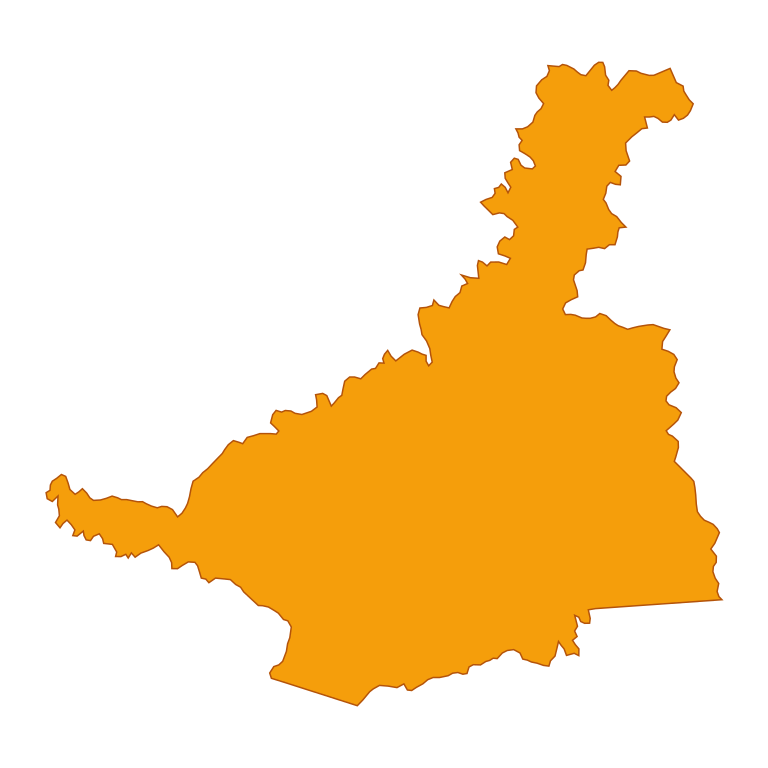 the district of Turvo, Paraná, Brazil
{"feature_id": "56859067B5145153824108", "entity_name": "Turvo", "entity_type": "district", "adm_level": 2, "iso_a3": "BRA", "parent_name": "Brazil", "parent_adm1": "Paraná", "projection": "orthographic", "projection_center": [-51.495, -24.966], "detail": "fine", "context": "isolated", "style": "filled", "palette": "amber", "viewbox_px": 768, "rotation_deg": 0, "n_neighbors": 0, "source": "geoboundaries", "source_scale": "gbopen_adm2", "svg_char_len": 5772}
<svg xmlns="http://www.w3.org/2000/svg" viewBox="0 0 768 768"><path d="M218.1,457.8L212.4,463.7L207.6,468.8L202.8,472.6L199.0,477.2L193.1,481.2L191.0,488.7L189.5,496.7L187.6,503.4L185.4,508.0L182.0,513.2L177.6,516.9L172.5,509.6L167.0,506.7L161.7,506.4L157.3,507.8L151.5,506.1L146.2,503.7L142.6,501.7L137.8,501.8L126.6,499.6L121.4,499.6L117.7,497.8L112.1,496.1L106.4,498.3L100.4,500.0L93.5,500.4L89.8,497.8L86.7,493.1L82.4,488.7L78.8,491.9L75.1,494.3L69.9,489.5L68.1,483.1L65.7,476.4L61.4,474.5L56.7,478.3L52.3,481.2L50.4,485.0L50.0,490.3L46.1,492.7L47.2,498.7L52.3,501.5L58.0,496.0L57.6,504.9L58.8,509.2L59.4,515.8L55.5,522.5L60.0,527.8L63.0,523.5L67.0,520.1L71.3,524.7L74.9,529.9L72.8,535.6L77.1,536.1L83.3,531.1L84.0,535.6L86.2,539.9L90.5,540.6L93.5,536.3L99.3,533.8L102.6,538.7L103.7,543.4L108.2,543.9L112.4,544.4L116.7,552.0L115.6,556.5L120.9,556.6L125.8,554.3L128.2,558.0L131.4,552.9L135.1,557.2L140.9,553.1L148.1,550.5L153.3,548.1L158.6,544.8L164.0,551.7L169.2,557.3L171.6,562.6L171.9,568.6L177.5,568.7L182.2,565.5L188.3,561.9L194.9,562.3L197.6,565.8L199.3,571.3L201.3,578.1L205.8,579.1L208.9,582.7L215.5,578.1L224.9,579.0L230.4,579.6L235.7,584.5L240.6,587.2L243.7,591.9L258.3,605.5L262.6,605.7L268.4,607.0L273.6,610.1L278.3,613.1L283.5,619.5L287.8,620.8L291.3,627.0L289.8,637.7L287.6,643.7L286.4,651.4L282.7,661.3L278.8,664.9L273.8,666.6L269.7,673.0L271.4,678.3L286.1,682.9L357.3,705.7L362.8,700.0L369.7,691.7L373.4,688.8L379.5,685.4L388.2,686.1L397.0,687.6L403.9,683.9L407.4,690.0L411.7,690.5L416.5,687.3L422.9,683.8L427.7,679.7L433.1,677.5L439.6,677.5L448.2,675.7L452.6,673.2L457.9,672.5L462.9,674.2L467.0,673.5L469.0,667.0L473.2,664.7L480.5,664.9L485.8,661.5L489.7,660.4L493.2,658.2L497.2,658.6L502.3,653.0L507.2,650.5L513.7,649.6L520.0,653.0L522.8,659.1L527.3,660.1L531.4,662.0L537.1,663.2L543.5,665.4L548.9,666.1L550.5,660.8L555.0,656.1L556.9,648.4L558.5,641.5L561.2,645.4L564.1,648.9L566.5,655.4L574.2,653.3L578.8,655.6L578.9,648.9L575.3,644.6L572.5,640.3L577.1,636.5L574.6,631.0L577.5,626.3L574.7,615.3L578.8,617.2L580.7,621.5L584.6,623.3L589.6,623.2L590.2,618.4L588.3,609.8L595.5,608.6L721.9,599.7L718.9,596.6L717.1,591.5L718.7,583.5L715.2,578.2L712.9,571.7L713.4,566.4L716.2,562.4L716.4,556.2L713.6,552.6L710.8,549.0L714.8,543.3L717.7,536.6L719.4,532.6L717.2,528.7L713.2,524.4L709.1,522.3L704.3,520.2L700.5,516.3L697.4,511.7L696.3,504.1L695.7,494.8L694.9,487.6L693.8,481.4L691.0,478.1L674.3,461.4L675.8,456.8L678.4,447.5L678.2,441.4L672.4,436.1L668.5,434.4L666.2,430.7L673.7,424.1L677.8,420.1L681.3,412.6L676.1,407.7L669.0,404.8L666.0,400.9L666.6,396.2L670.7,392.1L675.5,388.5L679.0,382.8L675.9,378.1L674.0,371.8L674.4,366.8L677.2,359.6L673.8,354.4L668.2,351.3L661.9,349.2L662.6,341.5L665.8,336.5L669.9,329.8L664.0,328.4L658.0,326.3L653.1,324.6L647.8,325.0L643.3,325.7L638.8,326.4L632.9,327.8L627.7,329.3L622.8,327.3L618.2,325.7L614.8,323.5L610.9,320.2L606.2,315.7L599.8,313.5L595.6,316.9L590.2,318.3L586.2,318.3L582.0,318.0L575.3,315.2L570.8,314.4L565.4,314.6L562.7,309.0L565.6,302.9L571.2,299.7L577.7,296.8L577.1,290.6L573.5,279.8L574.3,275.0L579.2,270.7L583.0,270.0L585.5,262.8L586.2,254.6L587.1,249.1L593.0,248.3L598.7,247.3L604.6,248.6L609.4,244.7L615.0,244.7L617.4,236.9L617.9,231.9L619.2,227.8L625.9,227.1L621.3,222.5L616.7,216.6L611.6,213.6L608.7,209.5L606.0,202.9L603.3,199.4L605.8,193.2L606.8,186.2L610.3,182.4L615.5,184.3L620.3,184.8L621.0,176.4L615.1,171.5L618.8,165.3L625.9,165.0L629.6,161.0L626.1,150.7L625.6,143.0L631.8,136.8L637.0,132.7L641.8,128.7L647.4,128.0L644.6,117.0L649.4,117.0L653.9,116.4L658.0,118.4L662.4,122.1L667.3,122.3L670.9,120.1L674.3,114.7L678.5,120.1L683.4,118.3L687.5,115.1L690.4,110.7L693.2,103.8L689.3,99.9L686.1,94.9L683.8,91.1L683.1,86.1L676.3,82.6L670.1,68.4L653.9,75.3L649.2,75.4L641.0,73.3L636.4,71.0L629.0,70.7L621.0,80.2L618.0,84.5L614.9,87.7L611.7,90.3L608.0,85.4L608.8,80.2L605.6,75.2L604.6,66.7L602.8,62.4L598.7,62.3L594.4,65.2L585.9,75.7L580.9,74.7L577.4,72.1L573.9,69.0L566.8,65.4L562.5,64.5L559.1,66.6L553.4,66.1L547.9,65.6L549.4,70.7L546.9,76.4L541.8,79.7L536.5,85.9L536.0,92.7L538.9,98.1L543.6,103.6L541.0,108.7L537.3,111.9L534.9,115.3L532.9,122.1L527.6,126.8L522.4,128.9L515.9,128.9L518.0,132.9L519.1,137.2L522.1,140.4L519.1,144.8L519.6,150.6L525.0,153.7L530.0,157.0L533.3,160.7L535.4,166.0L532.3,168.9L524.7,168.0L521.0,165.2L518.2,159.4L514.3,158.2L510.6,162.3L512.3,169.5L504.8,172.8L505.2,178.3L508.1,183.1L510.8,187.2L508.0,192.8L505.2,187.3L501.3,184.0L498.7,187.4L494.4,188.6L495.1,193.3L492.2,197.4L485.9,199.5L480.6,202.2L483.9,205.8L492.8,214.6L499.4,212.9L504.1,213.6L507.0,216.5L512.8,220.3L517.8,227.1L514.3,229.4L513.6,235.8L509.5,239.6L504.8,237.0L499.8,241.1L497.2,246.9L498.4,253.8L504.8,255.9L510.4,258.3L506.7,264.5L498.7,262.0L490.7,262.1L487.0,265.9L482.5,262.1L478.5,260.6L477.4,265.5L478.8,278.3L470.3,277.7L461.4,275.0L465.1,279.1L467.6,283.5L461.8,286.0L460.0,292.6L455.3,296.5L452.1,301.5L449.1,307.9L443.1,306.5L438.9,305.3L433.9,300.0L432.4,305.5L426.4,307.4L419.9,308.0L418.1,314.6L419.6,324.0L421.1,329.4L422.0,334.7L426.5,340.9L429.8,348.6L430.7,354.8L432.2,362.1L428.7,365.8L426.1,361.2L426.1,355.4L422.0,354.1L418.1,352.1L412.1,350.1L404.3,354.2L395.8,360.9L391.1,356.2L387.7,350.4L384.5,354.2L382.7,358.6L384.0,363.1L379.0,362.9L375.5,368.4L371.6,369.1L365.1,374.5L360.8,378.8L354.5,377.0L349.7,377.0L344.7,381.2L343.0,389.0L341.8,395.3L338.5,397.7L334.2,403.0L331.3,406.1L326.8,395.6L322.7,393.4L315.6,394.7L316.6,399.9L317.1,407.0L311.4,411.3L301.9,414.5L295.0,413.3L290.9,411.0L285.3,410.5L281.6,412.1L276.1,410.4L272.7,414.7L270.6,422.9L274.3,426.4L278.8,431.0L276.2,434.1L270.4,433.6L259.9,433.6L253.5,435.7L247.2,437.4L242.7,443.7L239.0,442.3L233.4,440.6L228.3,444.7L224.7,449.6L222.3,453.5L218.1,457.8Z" fill="#f59e0b" stroke="#b45309" stroke-width="1.5"/></svg>